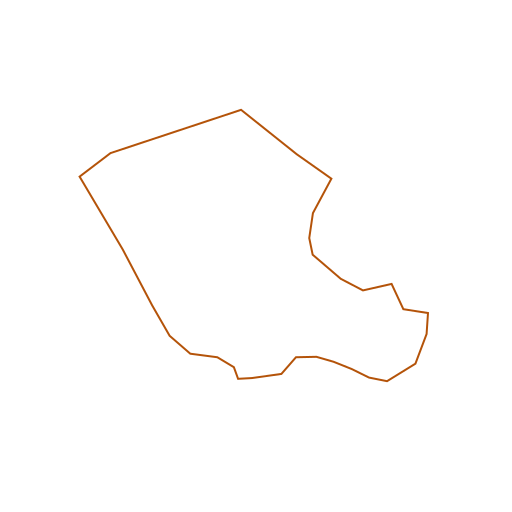 the border of Naxxar, rotated 301°
{"feature_id": "MLT-5928", "entity_name": "Naxxar", "entity_type": "state/province", "adm_level": 1, "iso_a3": "MLT", "parent_name": "Malta", "parent_adm1": "", "projection": "albers", "projection_center": [14.439, 35.933], "detail": "fine", "context": "isolated", "style": "outline", "palette": "amber", "viewbox_px": 512, "rotation_deg": 301, "n_neighbors": 0, "source": "natural_earth", "source_scale": "10m", "svg_char_len": 535}
<svg xmlns="http://www.w3.org/2000/svg" viewBox="0 0 512 512"><g transform="rotate(301 256 256)"><path d="M233.2,63.9L269.3,78.3L373.6,167.9L364.2,238.5L361.1,280.8L322.1,282.7L298.8,292.4L286.3,303.9L280.1,340.4L281.6,365.4L301.9,386.6L286.3,409.7L295.7,432.8L277.0,442.4L245.8,448.1L216.2,432.8L210.0,415.5L208.4,396.2L205.3,377.0L200.7,359.7L189.8,342.4L168.0,338.5L149.3,315.4L141.5,303.9L149.3,294.3L149.3,275.0L138.4,250.0L143.1,223.1L160.2,192.4L192.9,138.5L233.2,63.9Z" fill="none" stroke="#b45309" stroke-width="2"/></g></svg>